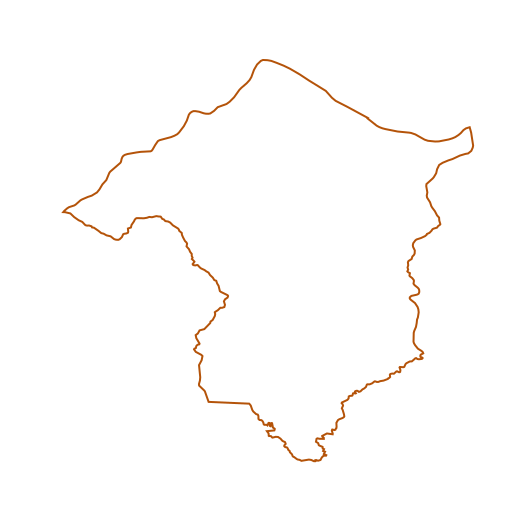 outline of Venecia, Antioquia, Colombia, rotated 99°
{"feature_id": "7082276B7520303523515", "entity_name": "Venecia", "entity_type": "district", "adm_level": 2, "iso_a3": "COL", "parent_name": "Colombia", "parent_adm1": "Antioquia", "projection": "equal_earth", "projection_center": [-75.75, 5.946], "detail": "fine", "context": "isolated", "style": "outline", "palette": "amber", "viewbox_px": 512, "rotation_deg": 99, "n_neighbors": 0, "source": "geoboundaries", "source_scale": "gbopen_adm2", "svg_char_len": 6033}
<svg xmlns="http://www.w3.org/2000/svg" viewBox="0 0 512 512"><g transform="rotate(99 256 256)"><path d="M242.8,453.2L242.6,451.5L243.0,446.0L246.0,441.7L248.4,436.8L249.5,432.9L252.0,429.7L252.3,429.0L252.4,427.6L252.0,425.7L252.4,423.1L253.4,422.4L253.4,420.5L255.8,415.5L257.6,412.4L257.8,410.0L259.0,406.9L259.3,402.7L261.5,398.8L261.8,396.9L261.6,394.6L260.8,393.3L258.3,391.4L255.3,390.6L254.7,389.7L254.0,387.5L253.0,386.1L252.0,386.0L248.9,386.8L247.4,384.0L244.8,383.8L240.8,381.9L239.3,381.5L237.9,380.7L237.2,379.6L236.3,372.7L235.3,369.7L234.1,367.5L234.0,364.8L232.2,360.7L232.2,358.1L232.0,356.9L232.1,356.2L234.0,354.4L234.3,352.8L235.7,351.0L235.7,348.1L236.4,346.0L238.7,342.9L241.1,337.2L242.0,336.3L243.1,335.8L244.9,332.9L246.6,332.5L249.1,330.9L252.3,328.5L253.5,326.8L254.6,326.0L257.4,326.1L259.8,323.2L262.1,321.8L264.0,319.8L266.0,319.5L267.6,318.4L269.0,318.9L270.6,316.6L271.3,315.9L273.9,317.3L274.5,316.9L274.8,316.4L274.8,314.5L274.2,313.0L274.1,312.2L276.2,309.5L276.9,308.2L277.9,304.6L278.9,302.8L279.8,300.3L282.0,298.4L284.1,295.3L286.3,293.4L286.7,291.4L289.2,290.1L291.3,288.3L296.3,286.2L296.9,285.2L299.0,278.4L299.4,277.6L299.9,277.3L301.5,277.6L303.6,279.8L305.8,280.6L309.1,279.0L311.4,279.3L312.5,281.5L312.7,283.1L315.5,285.2L317.7,287.7L318.0,287.9L319.7,287.2L321.8,287.3L326.0,288.8L327.9,290.7L329.3,290.7L336.3,295.6L338.3,300.1L341.6,301.3L343.6,303.2L346.5,302.1L351.3,298.1L352.1,298.2L352.8,299.8L353.8,300.6L354.4,300.9L356.3,301.0L357.2,302.4L357.9,302.6L360.1,300.5L362.2,294.5L363.2,293.2L367.5,293.4L372.7,295.2L384.5,292.1L387.8,291.9L391.4,292.3L392.9,291.9L397.0,286.0L397.7,285.3L407.5,280.0L402.9,239.6L404.5,237.8L408.6,235.6L410.0,234.4L412.1,231.2L412.4,229.4L413.6,228.6L416.5,228.1L417.4,226.9L417.3,224.9L417.9,223.9L419.2,222.8L421.1,222.0L421.4,221.3L421.1,219.1L421.5,218.3L420.5,218.2L420.1,217.5L419.1,217.6L418.8,217.3L418.8,216.8L421.2,216.0L421.8,215.5L421.9,215.0L421.6,214.8L419.1,215.2L418.7,214.9L418.5,214.2L418.8,213.9L421.7,212.8L422.7,212.6L423.7,210.5L424.3,210.4L425.4,210.6L427.3,217.8L429.3,215.8L431.6,215.3L431.8,215.0L431.6,214.0L431.7,212.8L432.7,211.7L432.8,211.3L431.5,208.2L431.3,205.9L432.6,203.2L434.5,200.9L435.3,198.2L436.9,197.3L438.6,198.4L439.5,198.3L440.2,197.2L440.2,195.6L440.8,194.8L442.5,193.7L443.3,192.3L444.5,191.8L446.3,189.4L447.8,188.6L448.5,187.7L448.6,186.9L450.2,183.9L450.5,182.9L450.5,181.1L451.2,179.1L448.8,171.9L448.8,169.5L449.6,166.8L449.4,165.2L449.1,164.9L448.4,165.4L448.1,164.8L448.5,162.7L447.4,160.4L444.7,159.5L442.7,158.0L442.2,155.5L441.7,155.4L440.9,158.0L438.5,157.2L438.1,159.2L436.1,158.6L435.7,160.0L434.1,160.4L433.3,163.8L433.0,164.4L431.1,165.3L430.1,167.7L427.1,167.6L426.5,166.9L426.6,164.7L426.0,160.4L425.0,160.6L423.9,162.3L423.4,162.5L420.2,158.2L420.1,152.4L419.5,152.4L416.6,153.8L416.0,153.7L415.5,153.6L415.4,153.2L415.7,151.5L415.5,150.9L415.0,150.3L414.0,150.2L413.5,149.7L412.1,149.7L408.2,150.5L405.3,149.4L404.2,148.2L402.5,145.2L401.4,144.0L400.6,143.7L398.7,144.3L394.5,146.3L393.0,147.4L390.2,146.6L388.9,147.2L388.0,148.4L387.3,148.3L383.8,143.2L382.3,142.3L380.2,142.4L379.5,141.4L379.0,139.3L378.6,138.9L376.5,138.7L376.3,138.4L376.2,136.2L376.0,135.9L374.8,137.0L374.4,137.1L374.0,136.8L373.4,135.7L373.3,134.6L374.1,133.1L373.3,131.6L371.1,130.0L369.9,128.4L368.1,126.9L365.7,126.4L365.3,125.9L365.0,123.7L363.6,121.4L361.3,119.3L361.2,118.4L361.5,116.9L361.2,115.4L360.2,113.8L359.1,110.5L356.8,106.5L356.3,106.4L355.5,105.3L354.5,104.6L352.4,105.2L351.5,104.8L350.8,103.1L350.7,101.4L348.1,99.3L347.8,98.7L348.4,96.7L348.3,95.9L347.9,95.5L346.1,95.5L343.6,96.8L343.1,96.5L342.8,93.1L342.3,92.2L339.4,91.4L338.4,90.7L336.1,87.6L335.7,85.6L332.1,82.6L331.8,81.8L332.5,80.5L332.5,78.9L331.7,76.1L331.0,75.5L330.5,75.6L330.3,76.1L330.0,77.6L329.1,78.1L327.7,77.9L326.0,75.6L324.9,76.2L323.9,77.6L322.2,81.6L319.2,84.9L317.5,86.3L316.1,87.0L307.2,88.2L305.3,88.0L301.0,86.9L297.0,86.8L293.6,87.0L291.4,86.5L286.2,86.5L283.3,87.3L281.1,88.4L277.6,91.6L275.0,96.3L274.3,97.2L273.6,97.6L272.7,97.6L271.1,96.3L269.1,91.2L268.5,90.2L267.7,89.4L266.0,89.1L264.1,89.5L262.9,90.2L262.0,91.3L260.0,94.8L258.7,96.1L255.9,96.1L255.1,96.4L253.4,98.2L251.9,101.0L251.3,101.4L248.9,101.3L248.2,103.2L247.5,104.1L245.6,103.6L243.7,104.5L241.3,104.2L238.4,105.0L237.1,104.6L234.6,101.8L232.1,101.5L230.3,100.2L228.8,99.7L225.7,100.0L222.4,102.3L220.8,102.8L218.8,102.7L215.7,101.1L214.6,100.1L212.4,95.8L209.9,92.1L208.2,90.7L207.5,90.6L206.0,88.3L203.6,86.6L202.0,85.9L201.2,84.9L199.7,81.7L197.8,80.7L196.4,79.2L195.7,78.9L192.4,80.5L189.4,81.2L187.6,83.5L183.8,86.3L180.7,89.5L179.4,90.6L175.7,92.5L171.5,96.2L169.6,96.8L166.4,96.7L160.3,98.8L158.3,98.9L151.8,93.6L150.3,92.7L146.1,91.0L141.9,90.7L137.4,89.3L134.7,86.2L131.5,81.0L129.5,77.1L124.9,70.3L122.4,65.1L121.5,62.5L118.5,59.8L115.1,58.9L113.0,58.8L100.5,62.8L95.4,65.1L97.1,68.6L99.2,70.8L102.5,72.9L104.8,74.9L107.4,77.8L109.1,80.5L110.8,84.0L114.2,93.3L114.9,97.0L115.3,104.2L114.7,107.7L111.0,117.6L110.2,122.1L110.2,124.0L110.9,135.6L110.4,148.1L110.1,151.1L109.4,154.4L108.4,157.2L102.7,167.3L102.2,167.0L102.0,167.5L94.5,188.8L90.3,201.6L87.8,205.8L82.0,212.9L74.4,231.1L69.9,241.0L65.7,251.8L63.7,258.4L62.0,265.8L60.9,271.4L60.8,275.2L61.3,279.8L62.5,281.7L66.7,284.9L72.4,287.1L80.1,288.6L83.3,289.9L86.8,292.2L92.1,296.7L94.5,298.4L102.7,302.5L107.8,306.2L110.5,308.9L115.0,317.1L119.2,320.1L122.4,323.5L123.0,325.4L123.3,328.0L123.2,330.1L122.4,334.8L122.4,338.7L122.7,340.5L123.8,342.2L125.2,343.5L126.9,344.4L133.1,345.5L139.1,347.6L146.0,351.3L148.0,352.8L150.0,355.4L151.9,358.6L156.7,369.4L157.9,370.9L162.1,372.9L167.1,374.8L168.5,375.6L169.1,376.5L171.2,386.3L172.4,390.2L175.4,398.9L176.6,401.3L177.7,402.6L179.0,403.4L181.0,403.9L184.1,404.1L185.3,404.6L195.5,413.2L196.9,413.9L204.4,415.7L209.3,418.9L214.6,421.0L218.1,423.0L222.1,427.7L223.9,431.2L227.3,436.6L228.5,438.1L233.5,442.2L234.5,443.4L237.0,448.3L238.4,449.9L241.4,452.4L242.8,453.2Z" fill="none" stroke="#b45309" stroke-width="2"/></g></svg>